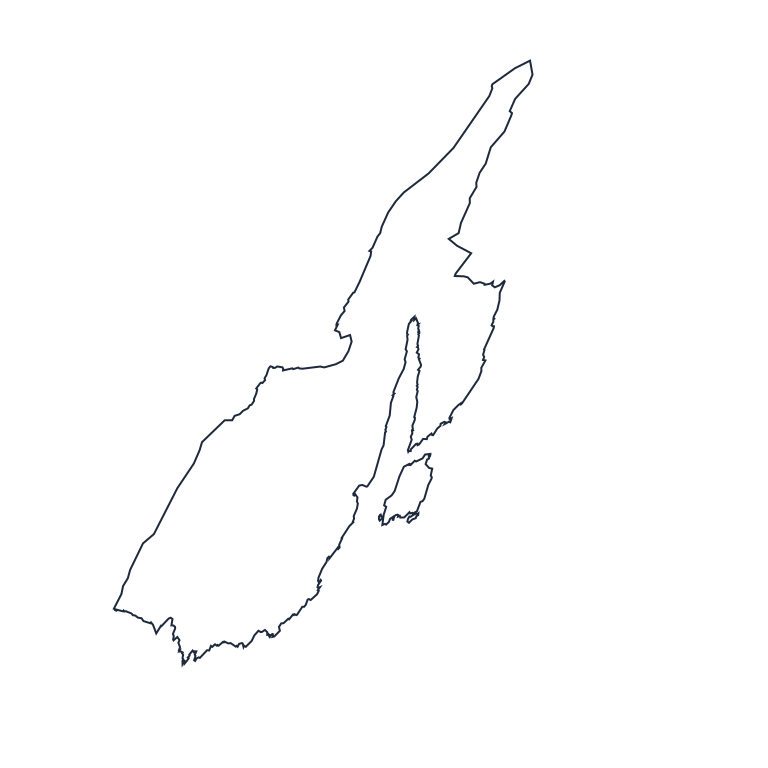 the district of Gjemnes nor, Møre og Romsdal, Norway, rotated 128°
{"feature_id": "86288312B41504021313270", "entity_name": "Gjemnes nor", "entity_type": "district", "adm_level": 2, "iso_a3": "NOR", "parent_name": "Norway", "parent_adm1": "Møre og Romsdal", "projection": "natural_earth1", "projection_center": [7.837, 62.91], "detail": "fine", "context": "isolated", "style": "outline", "palette": "slate", "viewbox_px": 768, "rotation_deg": 128, "n_neighbors": 0, "source": "geoboundaries", "source_scale": "gbopen_adm2", "svg_char_len": 6154}
<svg xmlns="http://www.w3.org/2000/svg" viewBox="0 0 768 768"><g transform="rotate(128 384 384)"><path d="M58.5,454.7L48.8,457.4L39.3,468.0L54.5,475.2L81.2,483.2L83.2,482.3L84.2,480.7L92.2,478.3L155.2,474.6L190.6,478.5L220.8,486.3L232.6,487.2L246.3,486.3L261.5,482.6L267.4,479.9L271.9,479.9L283.7,476.9L288.1,477.4L287.5,475.7L291.5,473.4L318.6,466.1L330.0,463.7L331.1,464.5L339.5,464.2L340.9,462.7L348.4,462.7L350.7,460.0L356.4,460.2L365.6,458.5L366.8,457.8L365.8,457.0L371.9,455.7L370.6,451.1L374.3,446.1L366.3,440.9L370.5,435.6L380.1,432.2L391.0,430.8L398.0,434.1L407.7,441.3L409.5,445.0L422.2,457.7L423.9,460.4L423.8,461.6L428.2,464.7L428.1,465.9L435.5,471.9L434.0,472.8L433.4,474.3L435.9,478.9L438.2,479.7L439.6,481.2L439.1,482.2L440.0,484.4L442.6,484.5L449.4,482.1L453.1,481.6L454.1,480.1L458.1,480.4L458.6,481.7L459.9,482.0L466.2,481.9L466.3,480.6L470.1,478.8L475.9,477.2L477.3,476.0L481.7,475.6L483.5,476.7L487.0,476.3L492.0,478.6L496.6,479.1L501.1,482.1L506.0,481.3L510.7,487.2L541.9,491.6L549.5,488.6L563.6,484.9L593.4,482.7L643.9,472.9L658.0,475.8L686.8,469.6L694.7,466.3L703.9,465.2L711.2,461.6L727.4,458.5L726.7,456.5L727.7,456.5L727.4,455.3L726.1,455.0L723.9,449.8L722.8,449.8L723.1,448.5L722.0,447.6L720.3,441.7L720.8,439.6L719.6,437.4L719.6,434.0L717.9,430.9L718.9,427.5L716.3,420.7L715.3,420.8L716.0,417.7L720.8,409.9L711.9,410.9L711.9,410.3L701.4,409.3L699.5,408.2L699.4,406.0L705.1,402.9L704.0,401.4L704.0,399.2L705.3,398.0L711.0,396.4L712.0,394.5L715.1,392.9L715.6,392.0L710.6,391.1L711.8,387.4L714.4,386.8L717.0,382.7L719.6,381.8L719.0,381.2L721.1,380.8L719.8,379.3L719.5,377.4L720.5,377.4L721.0,375.6L724.1,374.0L724.6,372.5L726.2,372.4L728.7,370.3L725.1,370.9L725.0,370.0L726.6,369.0L722.9,368.9L720.3,369.1L720.3,370.2L717.7,370.0L717.2,370.8L711.9,370.7L712.4,368.8L711.4,368.9L710.3,367.3L713.9,366.4L714.4,365.1L718.6,363.5L718.5,362.3L715.9,362.8L713.5,361.7L713.2,360.5L702.7,359.5L701.6,357.7L696.9,359.1L696.9,357.5L693.2,356.9L693.1,354.5L692.1,354.5L692.0,353.2L686.2,352.1L686.2,351.1L685.2,351.1L684.3,347.1L682.6,345.3L682.2,339.1L680.9,338.8L681.1,337.6L678.0,338.2L675.6,336.4L675.5,335.5L677.8,332.7L676.3,333.0L676.2,331.1L667.8,330.1L662.0,331.4L655.7,331.0L655.4,328.5L654.6,327.6L651.1,326.4L651.5,323.0L652.6,322.4L652.3,321.5L653.4,321.4L652.2,319.6L653.3,319.6L653.8,318.3L649.8,318.1L649.6,317.5L650.6,317.4L650.6,315.9L651.6,315.9L650.5,315.0L642.6,314.1L640.1,317.2L635.9,317.6L634.3,315.9L627.9,314.9L627.9,313.9L621.6,313.8L621.6,312.8L620.5,312.8L620.2,310.9L619.4,310.5L609.9,311.2L608.8,309.8L606.2,309.7L601.0,311.4L599.7,310.8L599.4,308.8L590.9,307.3L587.2,308.1L587.3,309.2L583.6,309.4L585.2,310.3L585.2,311.2L583.1,312.2L577.6,312.6L577.4,313.2L580.5,312.8L579.8,314.7L576.9,316.4L567.6,319.0L559.7,319.7L556.0,321.4L553.9,321.1L553.9,320.2L554.9,319.6L540.7,319.7L541.8,318.5L540.2,318.3L538.1,320.4L531.3,322.0L531.4,322.6L517.2,323.8L511.9,323.1L511.9,323.7L508.5,324.7L506.8,326.5L498.9,328.6L494.3,331.0L493.3,332.9L489.7,335.1L488.6,338.7L490.3,338.8L490.3,339.7L489.3,339.7L489.3,340.6L479.3,341.0L476.9,338.9L475.7,334.6L474.9,334.1L463.4,334.9L436.9,345.7L432.7,346.5L421.4,353.4L420.3,353.1L419.3,354.7L416.4,355.6L416.2,356.6L405.3,360.1L394.5,367.0L387.7,369.2L387.7,370.2L385.1,369.9L385.4,370.8L384.6,371.6L370.6,375.8L360.1,377.7L353.4,380.5L351.9,382.9L344.1,386.1L343.4,388.3L334.6,392.7L331.8,395.5L330.3,395.6L330.1,396.9L328.6,397.9L321.3,401.4L316.0,401.2L317.5,401.9L316.6,402.2L313.2,401.6L315.3,400.7L313.1,400.8L315.0,399.6L312.5,399.2L315.0,394.8L316.6,394.1L316.0,393.7L317.0,393.7L316.9,392.4L319.4,391.1L320.1,389.5L321.1,389.5L321.1,388.6L322.2,388.6L322.1,387.6L323.7,387.6L324.2,386.4L331.9,382.3L332.9,380.7L334.5,380.7L334.2,379.8L335.5,378.2L339.1,377.5L339.0,374.7L342.1,373.2L342.1,371.6L343.1,371.6L346.1,366.6L347.7,365.8L351.9,365.9L351.8,364.1L357.5,361.9L362.7,358.7L363.7,357.1L365.2,357.1L365.7,355.6L368.3,354.6L368.8,353.1L374.5,350.5L377.5,346.8L382.7,343.6L391.5,339.8L391.5,338.9L393.5,337.6L399.3,336.0L401.8,333.5L402.9,333.5L402.8,332.6L403.9,332.9L405.4,331.3L409.1,330.4L410.8,327.9L421.5,324.4L422.5,323.1L421.5,323.1L420.4,321.7L419.0,322.6L411.6,321.9L410.4,320.9L411.5,319.9L410.0,319.1L403.2,319.4L401.1,316.3L398.8,317.3L393.8,316.1L394.6,314.5L394.1,313.8L386.3,314.6L382.3,313.8L380.4,314.9L376.7,313.2L376.2,311.7L378.1,311.5L373.8,309.6L373.4,308.2L369.3,309.7L371.3,310.6L370.5,311.6L361.8,313.3L354.6,312.4L351.7,311.5L352.4,310.8L351.3,310.6L321.7,312.7L313.9,315.2L311.3,317.3L303.0,318.6L304.1,320.8L301.0,321.7L300.0,323.9L295.3,325.8L295.3,326.4L272.4,332.0L270.8,332.9L271.7,334.2L271.5,335.4L267.8,336.1L265.8,337.6L264.7,337.3L264.7,338.3L262.8,339.1L255.6,340.5L247.1,344.4L240.9,348.9L228.9,352.0L228.7,352.7L234.8,353.6L239.6,356.2L239.7,359.5L236.3,361.1L239.5,362.0L243.9,365.8L243.1,366.5L244.6,371.0L249.7,375.0L248.4,383.7L249.9,387.2L255.3,394.7L253.0,395.5L227.3,395.8L230.1,411.6L229.8,422.3L219.1,418.1L209.7,422.5L188.7,427.7L184.8,430.8L171.8,432.4L168.6,435.2L158.6,438.7L147.8,439.5L131.7,445.6L110.9,444.5L94.4,448.9L91.7,449.9L91.6,452.9L78.5,456.2L58.5,454.7ZM466.2,276.4L464.9,277.2L466.1,277.4L465.6,277.8L466.5,279.0L469.2,280.4L467.7,281.2L463.9,279.7L454.4,282.7L452.6,281.5L449.6,281.6L436.4,286.9L429.3,288.3L428.0,289.0L427.4,290.8L421.0,293.9L422.4,296.7L421.5,301.9L417.1,303.5L415.1,302.7L413.3,304.2L412.7,303.3L412.0,303.6L412.7,303.9L412.2,304.8L411.0,304.9L414.3,308.2L418.9,307.8L425.3,311.0L425.5,312.5L431.6,313.2L431.9,313.8L431.3,314.0L432.2,314.5L431.7,315.0L437.0,317.4L447.2,315.0L461.8,309.7L467.1,309.4L474.2,311.4L479.5,309.2L479.5,306.6L489.3,303.0L490.1,303.3L489.6,303.9L490.2,304.5L488.9,306.3L489.4,306.5L491.6,306.3L493.7,304.7L494.3,303.3L489.5,302.4L496.1,298.5L493.7,297.2L493.5,295.8L489.7,295.2L486.6,296.2L483.5,295.2L485.6,293.5L485.3,293.0L481.8,294.5L480.0,294.0L478.6,292.9L478.5,291.9L479.9,291.3L478.2,290.3L479.2,288.9L476.6,285.9L469.3,285.0L469.9,283.7L468.0,282.3L468.0,281.3L469.8,280.5L472.4,281.4L472.8,282.4L475.7,282.0L478.0,280.9L478.0,278.9L473.3,278.3L470.2,276.4L468.2,277.1L466.2,276.4Z" fill="none" stroke="#1e293b" stroke-width="2"/></g></svg>